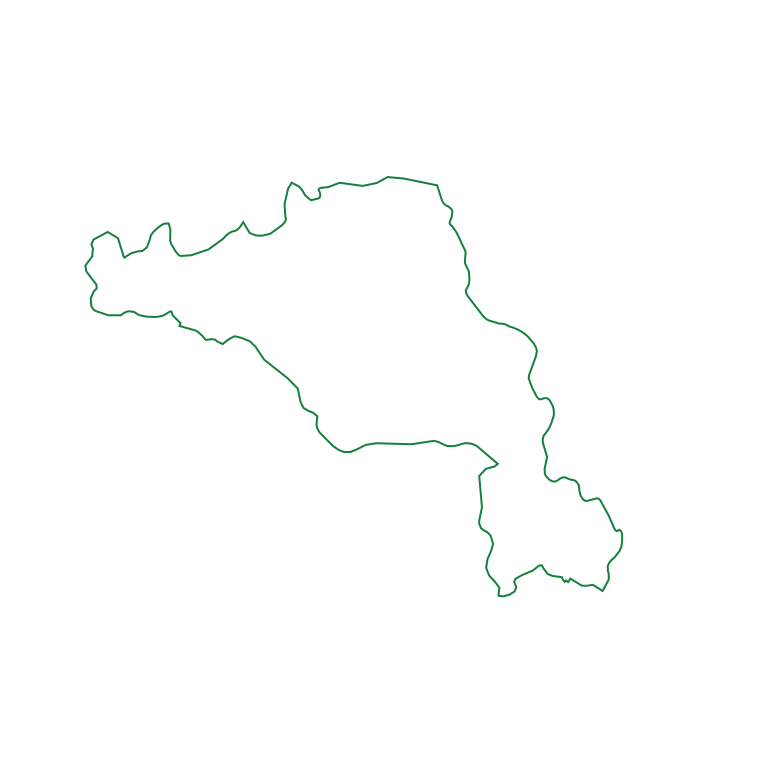 El Paraíso, orthographic projection, rotated 49°
{"feature_id": "HND-662", "entity_name": "El Paraíso", "entity_type": "Department", "adm_level": 1, "iso_a3": "HND", "parent_name": "Honduras", "parent_adm1": "", "projection": "orthographic", "projection_center": [-86.385, 13.965], "detail": "fine", "context": "isolated", "style": "outline", "palette": "green", "viewbox_px": 768, "rotation_deg": 49, "n_neighbors": 0, "source": "natural_earth", "source_scale": "10m", "svg_char_len": 3696}
<svg xmlns="http://www.w3.org/2000/svg" viewBox="0 0 768 768"><g transform="rotate(49 384 384)"><path d="M683.6,355.0L680.5,355.6L672.6,358.2L669.3,363.4L665.8,367.1L653.1,371.0L654.3,374.9L653.2,375.3L652.2,375.3L651.7,375.7L651.8,377.4L649.6,377.4L646.5,376.5L639.2,382.9L634.7,385.1L628.2,384.7L624.5,383.8L622.8,385.9L622.4,394.0L618.8,405.2L617.3,412.4L618.7,415.6L624.1,417.3L626.2,421.6L625.4,427.3L622.5,433.3L620.0,435.6L619.2,436.3L619.0,436.2L618.3,436.0L613.5,430.6L606.1,430.0L597.7,430.3L589.7,427.5L583.9,420.5L580.4,412.9L576.2,406.5L568.2,403.0L563.3,403.3L560.0,404.7L556.7,405.4L551.7,403.7L549.3,401.4L541.4,391.0L515.9,372.5L514.9,362.7L518.8,354.7L518.9,350.5L491.3,354.7L486.3,357.3L482.3,361.0L480.4,364.2L479.0,367.8L476.4,372.5L472.2,377.0L467.9,379.2L463.6,380.9L459.8,383.4L447.4,402.9L423.8,428.5L418.1,437.5L415.2,448.5L413.2,454.1L409.0,458.9L403.6,461.6L397.0,463.2L378.3,464.4L375.8,464.0L372.4,462.9L370.2,461.4L364.6,455.5L359.3,456.3L354.4,458.8L349.2,460.5L342.8,458.7L330.8,452.1L316.6,452.9L287.2,458.5L271.4,456.5L263.9,457.2L255.7,461.3L251.5,464.2L249.8,465.7L249.2,468.0L248.3,473.1L248.0,479.6L247.7,479.7L242.5,481.9L239.7,482.4L237.1,484.6L234.2,489.2L231.8,489.7L229.0,489.5L222.9,490.1L219.9,491.2L206.0,500.3L204.6,497.6L193.8,498.5L192.0,497.7L189.6,497.0L188.8,498.3L187.7,505.1L186.1,508.6L183.4,512.6L177.6,518.8L173.6,522.0L170.8,523.8L165.4,525.5L161.4,529.2L160.1,532.2L159.3,537.8L151.1,547.1L140.0,553.6L137.5,554.4L133.1,553.8L126.7,548.8L123.6,541.8L123.5,538.3L120.5,535.9L103.8,534.8L98.7,531.8L97.8,527.2L96.2,520.2L93.9,518.2L90.8,514.7L86.8,513.4L84.4,508.6L88.0,492.8L99.4,489.1L116.7,496.7L118.3,497.0L118.5,495.4L119.5,489.0L122.2,483.1L125.1,479.1L125.3,473.3L121.2,465.6L119.0,462.8L118.0,458.9L117.7,453.7L118.0,448.4L118.6,445.5L119.2,444.1L121.6,441.2L127.1,443.8L135.2,451.1L138.1,452.6L147.0,454.3L152.6,454.3L154.4,452.9L160.4,445.0L167.3,428.1L168.8,411.0L168.3,403.7L169.2,398.9L171.0,395.3L171.3,392.1L171.0,389.4L169.5,384.1L182.0,386.3L187.9,383.2L192.1,378.7L196.0,371.2L197.3,356.5L196.6,352.4L195.6,350.0L192.8,348.5L183.0,341.1L173.6,328.2L171.5,321.6L179.1,318.6L184.1,318.6L189.9,319.7L197.4,318.6L201.2,311.1L200.8,309.7L199.4,307.9L197.4,306.8L194.4,305.9L194.0,304.6L194.7,302.7L198.7,297.1L203.0,285.5L220.6,270.0L227.5,257.7L230.2,245.5L242.0,234.2L268.9,213.6L284.3,220.1L286.4,220.4L290.0,220.1L291.1,219.5L292.2,219.0L296.0,218.4L297.4,218.6L299.0,219.5L302.6,223.7L304.4,227.5L305.7,229.0L307.4,229.5L310.0,229.0L317.6,229.9L337.7,235.6L345.0,242.9L346.4,243.8L354.7,246.1L361.4,251.1L363.1,253.0L364.8,255.4L366.8,260.5L368.5,262.0L371.8,263.1L398.4,264.7L402.6,264.1L405.1,263.0L413.3,257.9L416.7,254.7L418.4,253.4L420.5,252.5L422.6,251.8L426.4,249.4L431.7,246.8L438.6,244.8L442.3,244.3L451.6,244.4L456.2,245.4L459.4,247.0L462.6,250.9L472.3,268.4L474.8,271.2L485.1,275.0L494.2,277.1L497.2,276.9L498.6,275.5L499.8,272.4L500.8,271.1L502.1,270.1L503.6,269.7L505.2,269.7L511.5,271.1L515.4,273.2L519.1,276.4L523.6,283.9L525.8,288.8L527.1,293.8L527.7,297.2L529.5,300.1L532.3,302.5L546.1,308.8L553.3,318.3L557.4,321.6L559.9,322.2L564.8,322.0L567.4,321.0L569.3,319.6L570.2,318.1L570.6,316.4L571.0,312.6L571.6,310.8L572.4,309.4L573.7,308.4L577.4,306.6L579.0,305.6L580.4,304.3L582.0,303.3L585.0,302.9L588.5,303.5L593.2,306.8L596.8,308.7L601.5,309.5L603.8,309.0L605.4,307.6L609.6,298.9L611.2,297.3L613.4,297.0L630.5,300.7L644.2,305.0L646.7,305.2L647.8,304.8L648.4,302.0L650.2,301.6L653.3,302.6L658.9,307.4L662.4,311.4L664.6,315.9L666.1,323.7L666.1,328.0L666.8,331.7L668.2,334.6L671.7,337.4L674.7,339.0L677.4,341.2L679.1,342.8L683.6,354.9L683.6,355.0Z" fill="none" stroke="#15803d" stroke-width="2"/></g></svg>